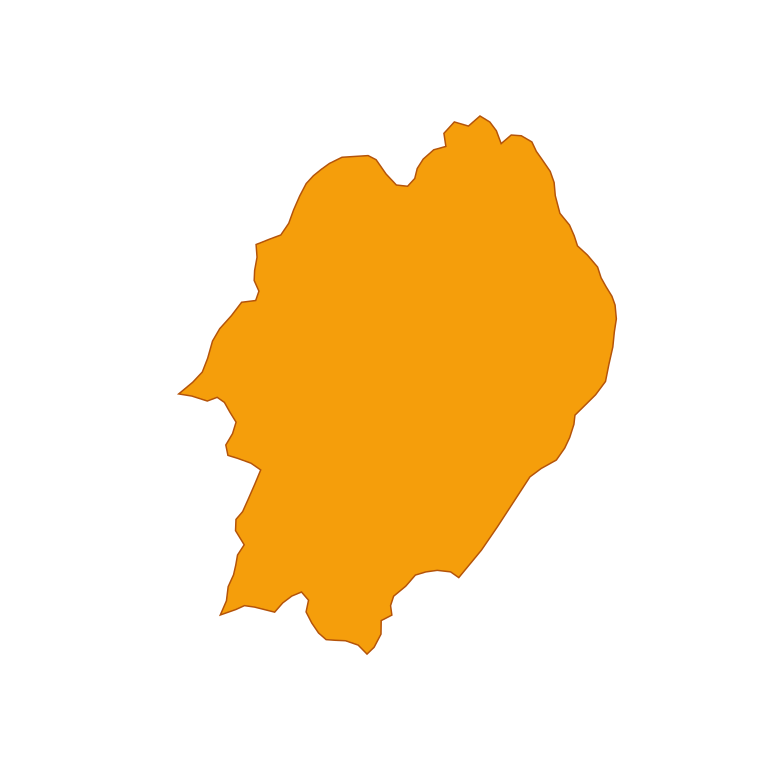 São João do Itaperiú, Santa Catarina, Brazil, rotated 35°
{"feature_id": "56859067B4015811011138", "entity_name": "São João do Itaperiú", "entity_type": "district", "adm_level": 2, "iso_a3": "BRA", "parent_name": "Brazil", "parent_adm1": "Santa Catarina", "projection": "albers", "projection_center": [-48.803, -26.597], "detail": "fine", "context": "isolated", "style": "filled", "palette": "amber", "viewbox_px": 768, "rotation_deg": 35, "n_neighbors": 0, "source": "geoboundaries", "source_scale": "gbopen_adm2", "svg_char_len": 1718}
<svg xmlns="http://www.w3.org/2000/svg" viewBox="0 0 768 768"><g transform="rotate(35 384 384)"><path d="M290.4,163.6L287.1,177.3L287.6,188.4L291.3,198.0L289.9,208.5L280.0,213.9L265.2,210.8L248.9,204.8L240.0,206.0L230.1,213.9L219.5,222.4L212.8,234.6L209.5,244.1L206.7,253.9L205.3,264.4L207.1,278.3L210.1,293.2L213.8,307.0L214.0,321.1L207.7,330.2L199.2,343.1L207.3,353.0L212.9,365.2L218.3,373.7L228.3,379.7L231.0,389.2L220.5,398.7L219.8,415.7L217.7,432.9L218.9,447.2L224.8,464.1L228.3,478.4L226.3,492.3L221.5,509.9L233.5,504.1L249.0,499.3L255.0,490.6L263.8,490.6L273.8,495.4L284.7,500.1L288.4,511.5L289.4,524.7L297.1,532.0L306.6,528.9L320.4,525.2L332.3,525.1L335.6,540.1L339.0,557.0L341.4,569.6L340.4,579.8L346.5,589.3L361.7,595.9L362.1,608.1L366.5,617.5L370.2,626.6L372.6,639.4L379.3,652.0L382.4,667.1L392.0,653.7L396.8,645.6L405.9,641.0L425.3,633.6L426.6,621.4L430.1,610.6L435.7,601.7L446.2,604.4L450.9,615.4L461.9,621.2L473.2,625.5L483.2,626.6L491.2,621.8L499.7,616.4L512.6,612.7L525.0,615.0L526.9,605.3L525.0,590.6L517.4,579.4L523.0,568.8L516.5,561.8L513.6,552.3L517.8,537.0L519.3,522.5L526.0,514.0L534.5,506.1L546.3,499.7L556.3,499.7L559.1,464.1L558.8,436.0L556.8,376.4L561.2,363.1L568.8,347.4L568.8,332.9L566.8,321.3L562.7,308.1L558.3,300.0L561.6,282.0L563.5,271.5L564.0,254.9L557.0,239.0L550.2,222.4L542.8,209.2L537.0,197.4L528.0,186.8L520.4,181.4L510.0,176.9L500.9,172.5L491.9,165.7L476.7,161.7L463.3,159.9L454.8,153.5L444.8,147.4L430.2,143.3L416.3,131.5L407.8,121.4L398.2,114.5L384.1,109.2L375.4,106.1L366.3,100.9L354.1,101.9L345.4,107.1L342.1,119.9L330.8,112.1L320.4,108.7L308.9,109.4L305.2,124.3L291.3,129.0L289.3,144.3L298.4,153.9L290.4,163.6Z" fill="#f59e0b" stroke="#b45309" stroke-width="1.5"/></g></svg>